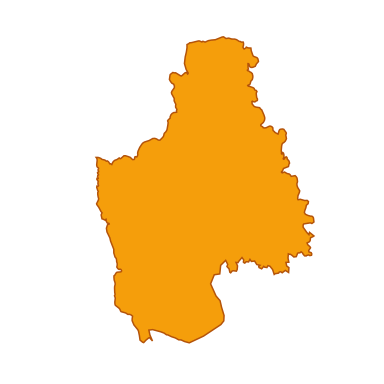 Kadiolo, Sikasso, Mali (Equal Earth projection), rotated 162°
{"feature_id": "8926073B46210070398927", "entity_name": "Kadiolo", "entity_type": "district", "adm_level": 2, "iso_a3": "MLI", "parent_name": "Mali", "parent_adm1": "Sikasso", "projection": "equal_earth", "projection_center": [-5.916, 10.605], "detail": "fine", "context": "isolated", "style": "filled", "palette": "amber", "viewbox_px": 384, "rotation_deg": 162, "n_neighbors": 0, "source": "geoboundaries", "source_scale": "gbopen_adm2", "svg_char_len": 5956}
<svg xmlns="http://www.w3.org/2000/svg" viewBox="0 0 384 384"><g transform="rotate(162 192 192)"><path d="M277.4,66.6L275.6,62.5L276.2,69.0L275.7,74.0L272.0,73.3L264.8,68.6L262.1,66.4L260.4,64.1L259.2,63.6L256.3,60.8L252.9,58.3L250.3,55.5L248.1,54.7L245.3,52.1L241.2,49.4L225.5,51.4L205.5,57.0L201.6,59.6L199.7,64.6L199.5,73.3L198.9,79.9L201.3,85.7L202.7,98.9L196.4,106.4L190.9,105.5L187.4,113.4L181.1,116.6L180.4,112.1L181.8,110.3L180.5,107.5L180.8,104.0L180.2,103.2L178.1,104.5L176.9,104.3L174.2,103.0L173.0,104.3L171.5,107.7L171.9,111.4L170.1,110.6L169.0,111.6L164.7,114.2L163.8,111.4L164.8,109.5L164.1,108.2L163.3,108.2L162.0,109.0L159.8,108.0L157.7,110.0L157.0,107.6L153.8,107.0L152.8,103.0L150.0,101.3L151.5,100.7L151.6,99.4L149.5,97.4L146.7,99.1L146.2,98.1L144.1,97.0L142.5,98.5L140.8,97.3L139.3,93.3L139.3,88.2L138.2,88.6L134.7,88.1L133.7,88.9L132.2,88.7L131.2,87.3L127.5,88.6L125.0,85.6L123.2,90.1L124.8,92.4L124.4,96.0L121.6,95.3L121.1,99.5L119.5,103.4L118.6,102.6L117.7,102.4L116.5,100.9L115.2,98.7L112.8,98.3L110.5,101.1L109.3,101.2L108.2,100.8L106.7,101.4L105.7,99.9L105.6,98.8L104.7,96.5L103.2,95.9L102.6,96.2L100.5,96.1L99.6,95.1L97.9,94.9L97.2,96.1L97.4,97.5L99.3,98.9L99.1,100.3L96.5,102.3L96.7,103.5L98.2,106.1L98.3,108.0L95.7,108.4L94.7,109.2L93.4,111.9L90.9,112.1L89.6,112.5L92.7,117.3L94.0,115.3L95.3,118.0L97.2,124.2L96.5,126.3L95.6,127.1L89.0,126.1L87.7,125.0L85.3,125.8L84.5,129.8L84.7,130.9L85.4,131.9L86.7,132.4L89.0,133.9L91.0,135.8L91.5,137.6L90.6,139.3L88.6,141.8L87.3,144.1L85.2,145.0L84.2,146.9L85.0,148.4L87.5,149.1L91.4,151.7L92.9,151.7L93.6,152.0L93.6,152.9L92.4,155.7L90.1,158.3L89.2,159.8L90.1,163.7L90.1,165.8L89.7,167.5L88.5,169.1L88.1,170.8L87.8,172.8L88.2,174.4L88.9,175.7L92.8,176.2L93.4,178.2L93.9,179.0L96.0,180.3L97.8,182.4L100.3,182.3L100.8,183.0L100.5,183.7L99.6,183.9L97.7,186.1L92.4,186.4L91.2,188.5L90.3,189.3L90.2,191.5L91.2,193.9L91.0,195.5L91.6,196.4L93.5,195.6L94.0,194.9L94.6,194.8L95.0,195.4L93.7,196.9L93.1,199.0L93.0,200.7L93.5,201.5L94.1,201.1L94.7,200.2L95.1,200.8L94.6,201.9L94.4,203.6L92.6,207.9L91.7,209.5L90.9,210.3L89.3,210.7L87.5,211.6L85.7,213.5L85.2,217.3L84.3,218.3L84.1,219.4L85.3,223.2L86.3,223.9L88.0,224.3L89.1,224.3L90.0,223.7L92.3,220.5L94.8,223.1L94.9,223.8L95.6,224.8L95.9,225.7L95.3,228.1L95.8,229.3L96.8,230.3L98.0,230.7L101.7,230.2L103.2,230.5L104.4,231.1L104.6,232.1L106.1,233.8L105.7,234.8L102.7,236.1L101.0,237.7L100.2,239.1L99.8,240.6L99.8,243.2L100.3,248.5L101.2,249.9L101.6,251.3L105.0,253.0L106.4,254.1L107.6,257.2L107.0,259.6L106.5,259.7L106.0,259.1L104.5,258.3L103.6,258.4L102.9,258.8L101.7,258.8L101.3,259.3L101.0,260.3L101.3,261.8L100.7,264.9L100.3,266.3L99.2,267.4L99.5,268.7L100.3,269.1L100.8,270.0L100.9,271.3L101.7,272.4L104.6,274.6L105.7,275.2L106.1,276.0L105.4,276.4L104.0,276.3L103.3,276.9L101.8,279.2L99.9,280.3L98.9,281.9L98.3,283.5L98.1,286.0L99.0,287.6L99.8,288.3L100.5,289.4L101.6,290.3L101.7,290.8L100.3,291.5L100.3,292.7L99.1,296.8L98.6,296.6L98.3,295.9L98.4,293.8L98.2,293.0L97.3,292.2L95.7,291.8L93.0,292.0L91.2,293.9L88.5,295.5L88.3,296.5L88.2,298.5L88.7,299.7L91.5,302.0L91.9,302.9L92.0,308.2L91.5,310.7L94.1,311.7L95.6,313.0L96.2,312.4L98.2,311.9L98.6,312.5L98.8,314.0L97.6,315.8L97.0,317.6L97.0,318.8L98.8,319.3L99.5,320.2L100.6,320.7L102.5,323.1L104.1,324.2L106.9,325.2L109.5,327.0L112.3,327.5L114.0,329.8L115.4,330.1L122.7,329.6L126.7,330.5L129.7,330.9L133.2,330.5L135.1,332.0L136.2,331.6L138.3,333.4L139.3,333.7L146.2,334.2L148.2,334.6L149.2,334.1L151.2,333.8L152.2,330.7L154.2,326.7L156.7,322.6L159.5,316.5L159.7,310.3L158.9,306.7L159.1,305.8L159.7,305.5L160.3,307.5L161.8,307.5L166.1,305.6L167.0,306.1L170.7,310.4L172.1,310.8L173.3,311.6L176.4,310.5L177.1,309.3L178.7,306.0L178.3,303.8L177.6,301.8L176.1,300.2L176.0,298.3L176.6,296.6L179.9,294.1L180.8,293.0L181.0,291.7L180.0,286.4L180.8,284.2L180.3,280.3L181.0,279.0L181.4,277.6L180.8,275.2L181.5,274.4L182.0,272.6L185.0,273.2L186.7,272.8L188.2,271.9L189.6,270.2L189.9,269.1L192.4,267.9L193.2,267.2L193.2,265.5L194.2,263.3L196.5,259.0L198.0,257.5L200.3,256.3L201.8,253.9L203.0,253.0L206.5,251.2L207.9,251.7L209.3,253.4L210.8,254.5L212.8,255.0L216.8,254.2L221.8,254.2L223.5,253.8L224.9,253.0L227.9,250.6L230.7,247.5L231.7,245.8L232.0,244.3L232.9,243.0L233.7,242.4L234.9,243.1L235.7,242.9L236.4,241.2L237.1,240.8L238.5,241.2L240.0,244.0L241.6,245.3L244.0,247.0L245.5,247.5L249.2,245.9L250.0,245.9L250.7,246.9L253.1,246.1L255.7,246.0L257.2,245.4L258.3,244.6L259.8,242.9L260.7,244.0L261.4,244.1L262.1,246.6L262.9,247.7L263.9,247.8L265.0,249.3L267.6,250.9L268.4,252.2L269.9,253.4L270.8,254.0L272.5,254.5L272.1,253.2L272.4,251.5L274.3,247.2L274.5,245.9L274.3,244.8L273.6,244.0L273.6,243.2L274.6,242.0L274.4,240.5L274.7,240.0L275.8,239.8L276.0,238.6L275.5,237.8L275.7,237.1L276.5,236.9L277.0,235.9L277.0,233.8L277.6,233.7L278.2,234.2L278.6,233.2L277.8,231.2L278.4,230.5L278.5,229.5L279.0,228.9L278.9,227.1L279.6,226.5L280.6,227.0L281.2,225.8L281.2,222.5L280.9,221.6L281.8,220.6L282.4,218.7L282.8,216.2L282.8,214.7L283.5,213.3L286.4,210.3L286.4,209.4L285.4,206.3L284.6,201.7L284.0,200.0L285.5,198.3L285.9,194.3L284.9,193.6L283.4,192.1L282.7,192.6L282.1,192.6L282.6,190.9L282.2,188.8L280.6,187.7L280.6,187.2L281.2,187.0L281.8,187.5L282.6,186.8L284.6,184.0L285.2,180.3L284.3,173.7L284.6,170.5L284.1,161.7L285.2,158.2L285.3,154.0L284.6,152.2L284.8,150.5L285.2,149.0L285.2,147.4L285.7,145.6L286.7,143.9L286.3,142.3L285.8,141.4L285.2,140.8L284.3,140.9L283.5,140.2L283.3,138.7L284.3,138.0L288.1,138.9L289.3,138.4L291.2,136.7L292.1,136.4L292.6,135.0L293.2,132.5L293.2,129.8L293.5,128.1L294.8,126.0L295.3,124.7L296.6,120.1L296.7,118.7L297.1,117.9L297.8,117.3L297.7,114.9L299.4,111.2L299.9,109.3L299.9,107.9L297.4,104.2L296.8,102.7L296.7,101.0L296.4,100.1L292.5,97.5L290.8,95.4L289.3,95.0L288.0,94.0L286.9,92.3L288.1,89.9L288.7,88.1L288.3,83.5L286.1,77.8L285.9,76.2L286.4,71.7L287.2,67.2L285.4,64.4L284.5,63.7L281.4,65.4L278.3,66.6L277.4,66.6Z" fill="#f59e0b" stroke="#b45309" stroke-width="1.5"/></g></svg>